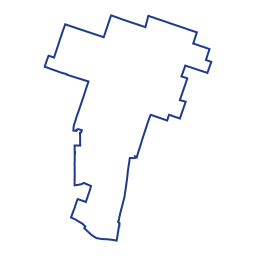 Dabuleni, Dolj, Romania (Mercator projection)
{"feature_id": "2599482B70911893179485", "entity_name": "Dabuleni", "entity_type": "district", "adm_level": 2, "iso_a3": "ROU", "parent_name": "Romania", "parent_adm1": "Dolj", "projection": "mercator", "projection_center": [24.129, 43.802], "detail": "fine", "context": "isolated", "style": "outline", "palette": "blue", "viewbox_px": 256, "rotation_deg": 0, "n_neighbors": 0, "source": "geoboundaries", "source_scale": "gbopen_adm2", "svg_char_len": 5188}
<svg xmlns="http://www.w3.org/2000/svg" viewBox="0 0 256 256"><path d="M178.6,118.0L179.9,118.5L180.0,118.2L180.3,117.4L180.5,116.9L180.6,116.6L180.7,116.3L180.7,116.1L180.9,115.6L181.0,115.3L181.1,115.0L181.2,114.8L181.3,114.4L181.3,114.2L181.4,113.9L181.5,113.7L181.7,113.3L181.9,112.6L182.1,112.0L182.3,111.4L182.7,110.4L183.3,108.9L183.7,107.4L184.3,105.9L185.4,102.6L185.7,101.7L184.9,101.5L183.0,101.0L179.9,100.2L180.2,99.1L180.4,98.5L180.8,97.4L181.7,94.8L183.9,88.4L185.4,84.1L187.3,78.4L184.7,77.4L181.6,76.5L181.4,76.4L182.4,73.7L182.8,72.8L183.2,71.6L185.3,65.6L207.4,72.9L207.6,72.3L207.9,71.4L208.1,70.9L208.6,69.5L210.2,64.9L211.1,62.6L211.3,61.9L209.1,61.1L208.0,60.7L205.9,60.0L206.3,58.9L207.0,56.7L207.6,54.9L208.4,52.5L209.5,49.1L207.9,48.5L207.1,48.2L205.5,47.7L204.2,47.2L201.9,46.5L199.0,45.5L197.4,44.9L195.6,44.3L193.2,43.5L195.0,38.1L195.9,35.4L196.0,35.2L196.1,34.9L196.4,33.8L196.7,32.9L196.9,32.3L196.8,32.2L196.6,32.2L196.2,32.2L195.5,31.9L192.2,30.8L189.5,29.9L185.6,28.5L182.6,27.5L182.1,27.3L181.4,27.1L179.6,26.5L177.6,25.8L176.3,25.4L174.9,24.9L173.5,24.5L172.8,24.2L171.3,23.7L168.2,22.6L166.7,22.1L166.0,21.8L163.7,21.1L162.9,20.8L160.0,19.8L158.5,19.3L156.3,18.6L155.6,18.3L153.6,17.6L152.2,17.2L150.8,16.7L150.3,16.5L150.0,16.4L149.5,16.2L148.4,15.8L148.2,16.1L147.9,17.2L147.8,17.7L147.6,18.7L147.2,20.2L147.2,20.4L147.1,20.7L146.7,22.1L146.5,22.8L146.4,23.5L146.2,24.2L146.1,24.6L146.0,24.8L145.8,25.8L145.4,27.1L144.1,26.7L142.0,26.0L140.5,25.5L138.4,24.8L137.8,24.6L137.5,24.4L136.7,24.2L135.8,23.9L135.4,23.8L132.6,22.9L131.7,22.6L130.8,22.3L129.9,22.0L129.6,21.9L128.2,21.4L127.8,21.2L127.6,21.2L127.4,21.1L127.0,21.0L126.7,20.9L126.0,20.6L125.6,20.5L125.3,20.4L125.0,20.3L124.6,20.2L123.6,19.8L123.1,19.7L122.2,19.4L120.7,18.8L119.7,18.4L119.2,18.3L117.7,17.7L116.7,17.3L114.7,16.6L113.4,16.2L113.1,16.0L112.4,15.8L111.8,15.6L111.5,15.5L111.1,15.4L110.6,16.7L107.3,26.6L105.3,32.5L103.7,37.2L76.1,28.0L65.2,24.3L64.6,26.1L62.9,30.8L61.4,35.2L61.3,35.6L60.4,38.2L59.5,40.9L58.6,43.7L57.7,46.5L55.0,54.6L54.1,57.2L54.0,57.5L53.3,57.3L48.7,55.7L48.4,56.0L47.7,58.1L46.8,60.4L46.5,61.4L46.2,62.2L45.3,64.8L45.0,65.7L44.8,66.3L44.7,66.8L46.6,67.4L51.5,69.2L63.1,73.3L63.3,73.2L64.5,73.5L66.8,74.3L66.7,74.6L68.7,75.3L71.8,76.3L73.7,76.9L77.3,78.0L83.7,80.0L88.5,81.5L85.5,90.4L85.0,92.2L84.6,93.3L84.1,94.7L84.0,95.2L81.6,102.2L79.8,107.6L78.6,111.1L76.7,116.3L75.5,120.4L73.8,125.6L73.6,127.3L73.5,128.2L73.4,130.6L75.8,130.8L76.0,130.8L76.3,130.9L76.5,130.9L76.7,130.7L76.6,130.3L76.6,130.2L76.6,129.8L76.8,129.8L77.2,129.7L77.4,129.5L77.6,129.4L77.8,129.2L78.0,129.1L79.1,129.4L80.2,129.7L81.1,130.0L81.9,130.3L81.5,131.3L81.1,132.4L81.1,132.5L80.6,132.7L80.0,132.8L80.0,133.5L80.1,136.1L80.1,137.7L80.1,138.3L80.1,138.9L80.1,139.4L80.2,145.5L78.6,145.5L77.9,145.5L74.6,145.5L74.7,152.3L75.1,152.3L74.9,153.9L74.7,153.9L74.7,155.0L74.7,155.9L74.7,156.3L74.7,158.0L74.7,159.9L74.7,161.2L74.6,164.7L74.7,167.2L74.6,168.4L74.7,171.2L74.7,172.9L74.7,176.5L74.6,178.1L74.6,179.8L74.6,181.4L74.6,182.0L74.6,185.3L75.0,185.3L76.5,185.1L77.9,184.9L79.7,184.5L81.2,184.3L82.2,183.8L83.7,182.9L91.0,186.0L90.6,187.6L90.0,189.5L89.6,190.9L88.1,195.3L85.8,202.0L84.4,201.4L82.5,200.8L81.8,200.5L80.6,200.1L77.7,199.1L77.2,200.2L75.4,205.3L75.1,206.4L74.9,207.0L74.6,208.0L74.5,208.3L74.4,208.5L74.3,208.8L74.0,209.4L73.9,209.8L73.7,210.3L73.5,210.7L73.4,210.8L73.3,211.0L73.2,211.3L73.2,211.6L73.0,212.2L72.9,212.3L72.8,212.5L72.7,212.9L72.6,213.2L71.0,217.5L75.3,219.4L75.4,219.5L75.7,219.6L77.7,220.9L82.3,223.6L85.3,226.5L84.3,228.1L87.3,231.1L87.6,231.3L88.1,231.8L91.5,234.9L95.7,237.7L96.7,238.1L99.9,238.7L100.2,238.8L100.3,238.8L100.5,238.8L102.9,239.1L107.6,239.3L113.0,239.9L116.6,240.6L116.7,240.0L117.0,238.4L117.7,234.6L117.8,233.8L118.0,232.4L118.2,231.5L118.2,231.4L118.7,227.5L118.7,227.4L118.8,227.2L118.9,226.8L118.9,226.7L119.0,226.5L119.2,226.4L119.3,226.4L119.3,226.1L119.2,226.0L119.2,225.9L119.2,225.7L119.2,225.3L119.2,225.2L119.3,224.8L119.4,224.5L119.5,224.4L119.6,224.1L119.5,223.8L119.5,223.7L119.3,223.6L119.4,223.4L119.4,223.2L119.4,222.9L119.2,222.7L118.9,222.6L118.7,222.5L118.6,222.4L118.4,222.3L118.3,222.2L118.1,221.8L118.0,221.6L118.3,221.2L118.5,220.9L118.7,220.6L119.1,218.8L119.4,217.0L119.6,216.2L119.7,215.7L120.0,214.5L120.0,214.2L120.3,213.1L120.5,212.2L122.3,205.3L122.9,203.0L123.7,199.9L124.3,197.8L124.9,194.0L126.5,182.9L127.3,176.9L127.5,174.7L127.7,172.6L128.3,168.1L129.5,160.3L129.6,159.1L129.8,158.0L129.9,157.9L131.1,158.0L133.3,158.1L134.1,158.1L135.6,157.8L135.1,156.4L135.8,156.6L136.9,157.1L137.4,155.1L138.3,152.0L139.5,148.5L140.1,146.5L140.9,143.8L141.7,141.4L142.4,138.8L142.9,137.5L143.2,136.5L143.4,135.9L144.9,131.3L145.6,129.3L147.6,123.0L148.6,120.3L149.0,119.0L149.6,117.5L150.4,115.5L150.7,114.9L151.3,115.0L162.3,118.8L167.2,120.5L167.7,119.1L168.2,117.1L169.1,114.8L169.4,114.9L169.6,115.0L170.0,115.1L170.4,115.2L170.9,115.4L171.4,115.5L171.5,115.6L171.8,115.6L172.1,115.8L172.3,115.9L172.6,116.0L173.1,116.2L173.5,116.3L174.2,116.6L175.0,116.8L175.5,117.0L175.8,117.1L176.1,117.2L176.6,117.4L177.5,117.7L178.1,117.9L178.6,118.0Z" fill="none" stroke="#1e3a8a" stroke-width="2"/></svg>